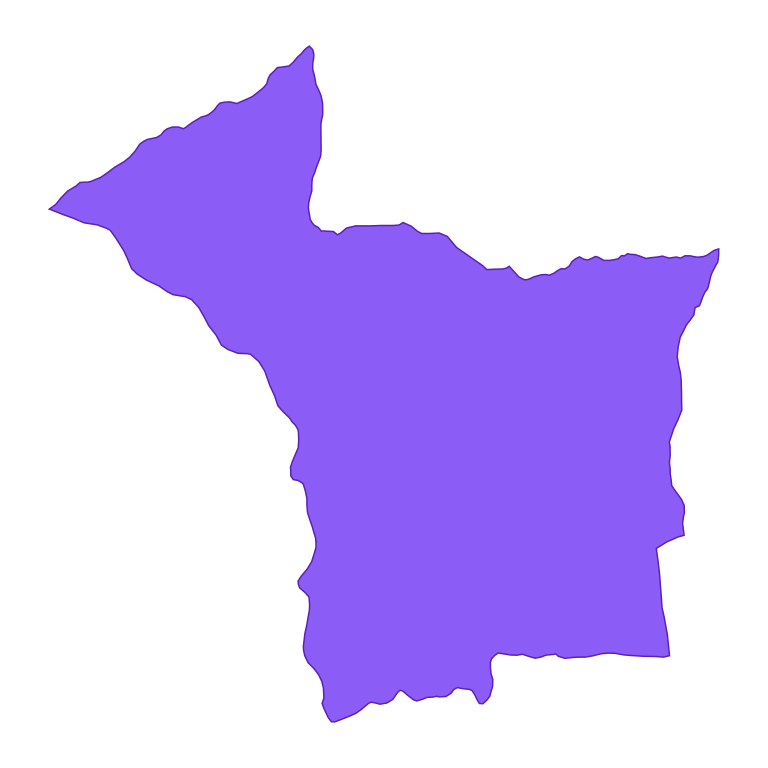 the district of Gesarling, Daga, Bhutan
{"feature_id": "84629894B4625986798859", "entity_name": "Gesarling", "entity_type": "district", "adm_level": 2, "iso_a3": "BTN", "parent_name": "Bhutan", "parent_adm1": "Daga", "projection": "equal_earth", "projection_center": [89.891, 26.922], "detail": "fine", "context": "isolated", "style": "filled", "palette": "violet", "viewbox_px": 768, "rotation_deg": 0, "n_neighbors": 0, "source": "geoboundaries", "source_scale": "gbopen_adm2", "svg_char_len": 4744}
<svg xmlns="http://www.w3.org/2000/svg" viewBox="0 0 768 768"><path d="M322.1,703.4L323.9,708.3L328.2,717.5L331.3,721.7L334.8,721.9L340.0,719.9L349.2,716.3L356.4,713.0L362.1,708.8L368.7,703.2L371.4,702.2L375.4,703.0L379.9,704.2L386.8,703.0L392.7,699.5L395.2,695.9L397.9,692.1L400.2,690.3L402.9,691.1L407.4,695.1L413.6,699.9L416.8,700.9L423.0,699.1L427.2,697.3L432.6,697.1L436.6,696.3L439.0,696.9L445.8,696.5L450.9,693.4L454.0,689.4L457.4,687.6L462.4,688.6L469.5,689.4L472.0,690.6L474.7,694.6L477.5,700.5L479.4,703.5L482.9,703.7L486.8,700.2L489.8,696.2L491.3,690.6L492.6,686.6L492.8,679.3L491.0,673.7L490.5,668.1L490.4,662.6L491.5,659.0L494.5,655.6L498.3,653.0L503.2,653.8L510.6,655.0L516.8,655.2L522.5,654.3L529.2,656.5L535.2,658.2L540.8,657.1L546.1,655.1L552.7,654.5L555.7,653.9L558.4,656.3L564.8,658.3L572.3,657.5L579.0,657.1L585.4,657.1L592.5,655.9L601.3,653.7L608.4,653.1L614.9,653.3L624.0,654.9L631.0,655.5L644.0,656.3L655.4,656.5L663.6,657.1L669.5,655.7L667.4,634.9L664.1,616.8L662.0,607.4L661.4,598.1L659.5,573.6L658.2,562.5L656.3,548.4L667.0,541.8L677.9,537.0L684.1,535.3L682.6,523.3L683.4,516.9L684.4,512.7L684.2,505.4L681.6,499.6L678.3,495.0L674.5,489.8L671.7,485.6L671.2,480.4L670.2,473.7L670.2,469.4L669.4,462.4L670.2,455.4L670.1,451.8L670.1,446.6L669.3,442.0L673.7,428.8L678.0,419.7L681.8,410.0L681.6,402.7L681.5,391.2L681.3,385.8L681.3,381.8L680.3,372.3L678.7,365.6L677.2,356.8L678.2,346.7L680.2,337.3L683.8,330.3L686.3,325.1L690.1,320.2L693.9,314.8L695.1,307.6L697.3,306.7L699.4,305.8L700.9,302.1L702.8,296.8L704.8,292.4L707.3,289.2L708.4,286.3L709.5,281.5L710.4,277.5L711.6,273.6L714.5,267.9L715.9,265.3L717.6,262.5L718.3,258.8L718.7,254.5L718.7,248.9L714.1,250.4L709.1,253.8L706.5,255.5L703.2,256.6L697.5,257.2L694.4,256.7L689.9,255.8L687.5,255.8L684.9,255.8L680.6,258.1L676.3,257.0L673.0,257.5L669.4,258.1L665.2,257.0L662.6,256.1L657.6,257.0L649.7,257.8L646.1,258.5L640.3,256.3L635.1,254.6L629.9,254.3L627.6,253.7L624.7,255.7L621.4,255.7L618.2,258.8L614.6,259.6L609.4,260.4L603.9,260.4L598.4,257.3L595.5,256.5L590.6,258.8L587.7,260.0L583.7,259.2L579.5,256.9L575.6,258.8L572.0,261.6L569.1,266.2L564.9,269.0L561.3,268.6L557.7,270.5L553.8,273.3L549.3,275.2L545.7,274.5L541.2,274.8L534.0,276.8L529.6,278.8L526.9,279.7L524.3,279.7L518.9,277.0L509.2,266.3L506.2,268.2L502.3,269.0L494.9,269.2L486.8,269.6L482.7,265.7L472.4,258.5L456.5,247.4L447.3,236.4L439.1,233.0L430.0,233.5L421.8,233.5L417.6,231.4L411.1,226.1L403.0,222.5L399.2,225.0L392.8,225.5L381.1,225.5L369.4,225.9L355.6,225.9L346.4,228.1L341.1,232.7L337.6,234.8L333.3,231.5L323.8,231.0L321.3,231.0L318.2,227.4L314.3,225.3L311.8,222.3L310.1,219.1L309.6,215.2L308.9,211.7L308.4,208.0L308.7,203.1L309.8,197.7L310.6,195.0L311.8,190.9L311.8,185.1L312.0,181.3L312.6,177.4L314.7,172.6L315.8,169.0L318.1,162.9L319.7,158.7L320.7,155.8L321.1,149.7L321.0,138.0L320.9,129.1L321.0,123.4L321.6,119.9L322.7,114.8L322.7,109.5L322.6,103.5L321.7,98.7L320.8,95.1L318.8,90.3L315.9,84.3L314.8,77.4L313.7,73.0L312.8,70.0L312.7,66.2L312.9,62.0L313.6,58.7L313.8,54.0L312.7,49.6L309.3,46.1L306.6,48.0L304.1,50.3L301.3,53.7L297.3,57.3L293.2,62.3L289.0,66.0L283.2,66.9L277.3,67.6L274.2,71.1L270.2,74.7L268.2,78.5L266.7,83.8L264.2,86.9L261.9,89.0L257.2,92.8L252.5,96.5L246.8,99.2L240.4,101.9L237.0,103.5L230.0,101.9L224.1,102.2L220.0,103.1L217.5,105.6L214.9,109.2L212.4,111.7L208.5,114.6L205.8,115.8L201.1,117.1L197.5,119.4L193.5,121.7L189.6,124.4L185.4,127.6L183.3,128.7L178.3,127.0L172.6,127.0L167.4,128.7L164.1,131.0L161.0,134.9L156.6,137.5L147.1,139.5L143.4,141.5L139.7,144.2L135.2,151.0L130.0,156.9L124.3,161.5L114.9,167.1L106.9,173.1L100.7,177.4L95.3,179.6L91.3,181.3L87.7,182.2L83.5,182.2L80.0,182.5L76.2,185.9L67.7,191.0L60.8,198.1L55.9,204.3L49.3,209.1L63.7,214.8L73.3,218.2L84.0,222.8L97.1,224.8L106.6,228.3L110.4,230.4L116.1,238.5L123.7,250.5L127.4,258.5L131.6,268.6L137.1,274.0L146.3,280.0L158.9,285.9L167.2,291.7L173.2,294.7L185.3,296.7L191.5,299.5L198.9,307.7L204.6,317.8L208.8,325.8L216.2,335.3L221.4,345.1L228.0,349.5L237.9,353.3L247.6,353.7L250.6,354.3L258.7,361.4L264.7,370.9L269.8,385.3L274.6,395.9L278.0,406.0L283.0,411.6L289.6,418.0L292.1,421.9L295.5,425.3L298.1,429.9L298.5,433.7L298.7,440.1L298.2,447.8L295.7,453.6L292.3,461.7L290.5,467.1L290.8,471.1L290.8,476.0L293.3,479.6L297.9,480.4L303.1,483.6L305.3,490.8L306.9,498.5L306.9,504.9L307.5,512.5L309.5,518.8L312.3,526.8L314.0,532.9L315.5,537.7L316.0,542.7L316.0,547.3L314.4,553.0L311.7,561.6L307.3,568.9L301.1,576.3L298.1,581.1L298.3,584.0L299.6,587.8L304.7,592.2L309.0,597.0L309.6,604.8L309.4,610.1L307.7,619.6L306.7,625.4L304.9,633.6L303.4,646.1L303.5,649.7L304.7,655.6L308.2,662.8L313.8,668.4L318.6,674.7L321.8,681.3L323.4,687.9L323.7,693.4L323.9,698.0L322.1,703.4Z" fill="#8b5cf6" stroke="#5b21b6" stroke-width="1.5"/></svg>